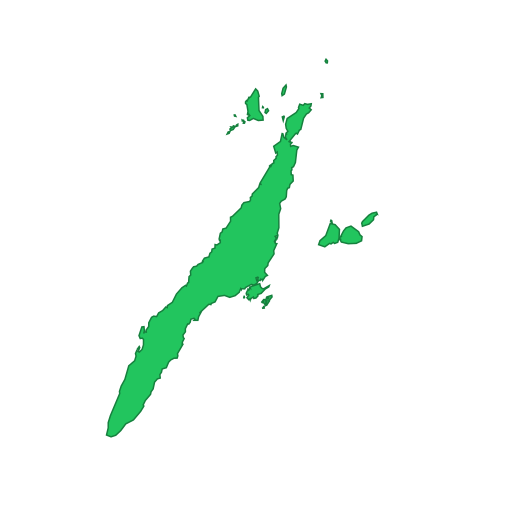 Cebu, Cebu, Philippines, rotated 12°
{"feature_id": "2640588B97548260432831", "entity_name": "Cebu", "entity_type": "district", "adm_level": 2, "iso_a3": "PHL", "parent_name": "Philippines", "parent_adm1": "Cebu", "projection": "robinson", "projection_center": [123.887, 10.469], "detail": "fine", "context": "isolated", "style": "filled", "palette": "green", "viewbox_px": 512, "rotation_deg": 12, "n_neighbors": 0, "source": "geoboundaries", "source_scale": "gbopen_adm2", "svg_char_len": 6127}
<svg xmlns="http://www.w3.org/2000/svg" viewBox="0 0 512 512"><g transform="rotate(12 256 256)"><path d="M278.4,95.6L274.8,97.0L272.0,96.8L270.9,98.8L267.2,98.4L266.7,101.9L267.3,102.8L265.5,107.3L257.9,115.0L257.6,121.0L259.0,124.8L261.3,127.5L259.8,129.7L260.6,130.4L259.8,131.3L260.2,133.9L262.2,135.9L258.6,134.2L256.8,130.8L256.1,130.8L256.1,138.9L250.5,145.0L253.9,151.2L255.1,149.9L256.0,152.9L254.9,154.8L255.4,156.2L253.5,158.9L254.1,161.2L252.6,162.4L252.0,164.9L251.5,164.1L251.3,164.0L250.5,165.1L250.9,166.1L244.9,183.6L245.8,184.8L244.7,184.8L244.4,188.5L239.5,196.1L239.7,198.3L238.3,199.9L239.0,202.3L238.4,204.0L233.1,206.3L231.6,209.1L231.5,212.0L224.8,222.0L223.0,223.4L223.9,227.3L221.0,234.9L217.9,236.5L217.9,239.4L216.4,241.2L216.4,247.0L217.1,248.4L217.8,248.0L218.3,250.4L215.5,253.3L213.6,253.3L214.2,256.8L211.6,258.4L211.8,261.2L210.4,262.9L210.1,266.7L206.0,268.8L204.7,272.2L205.4,272.4L205.0,273.5L201.1,276.3L200.0,278.3L197.2,279.5L196.2,281.4L195.0,284.5L196.1,288.2L194.8,290.1L195.6,296.0L194.7,296.6L194.2,299.8L193.3,299.3L190.2,302.4L186.1,309.8L183.8,318.7L179.7,322.9L179.9,324.9L178.4,324.6L176.0,328.8L172.6,331.9L171.4,335.9L168.4,336.1L166.6,337.7L165.0,343.6L165.7,347.3L163.9,351.4L164.5,353.2L162.6,353.4L162.2,355.2L162.4,352.5L161.1,348.4L159.1,349.1L158.1,358.2L159.9,360.8L161.9,360.0L163.3,361.0L164.4,366.4L164.0,371.1L161.8,374.3L159.0,373.4L158.4,376.5L159.5,378.8L159.1,383.7L154.4,389.8L153.4,404.0L151.2,411.2L150.6,416.8L151.3,418.9L146.8,442.4L146.1,449.7L147.2,454.9L147.0,462.2L151.8,463.0L156.1,460.5L160.0,454.9L163.5,447.3L170.2,441.8L175.5,431.9L177.5,426.1L176.6,425.1L177.8,420.3L181.6,413.3L181.6,410.6L183.0,407.4L183.0,400.5L185.1,396.7L187.7,395.3L186.6,392.0L187.7,389.4L187.7,386.0L191.5,383.9L192.6,378.0L194.2,375.4L197.1,373.0L200.1,372.3L200.3,369.9L199.5,367.8L202.8,357.7L202.2,357.8L201.9,355.4L202.9,351.7L201.8,350.8L201.0,348.5L202.7,344.8L202.0,341.8L203.3,336.6L204.4,336.6L205.4,334.4L205.4,331.4L208.3,329.8L209.4,330.5L208.7,331.8L212.5,331.0L212.5,327.3L213.8,322.8L213.2,323.3L212.9,323.0L219.9,313.0L222.0,312.9L222.1,311.7L225.5,309.4L227.2,303.4L233.4,301.1L238.9,301.9L243.9,299.1L247.1,295.0L247.8,291.1L248.6,291.9L248.6,291.0L251.8,290.5L252.3,289.0L257.3,284.7L260.1,284.8L262.3,282.8L263.3,280.5L261.9,280.1L260.5,277.3L261.8,276.5L262.4,277.3L262.8,275.8L262.3,279.2L265.1,279.2L265.4,278.2L265.8,279.1L265.7,278.0L267.4,277.3L267.7,278.3L269.4,274.0L271.2,272.6L267.8,270.1L267.2,266.5L269.5,262.9L269.3,260.2L273.2,250.2L272.2,247.1L273.8,239.6L272.5,239.8L271.4,238.5L272.5,238.3L271.4,238.0L271.5,236.7L271.8,236.7L272.3,236.2L272.0,235.5L273.0,234.8L272.7,234.4L271.8,235.6L271.7,236.6L271.4,236.7L272.2,234.4L270.6,232.8L272.8,231.4L273.1,234.0L273.1,231.1L272.0,229.2L272.5,223.6L269.6,210.4L270.3,204.6L268.2,199.7L269.3,197.1L272.6,194.2L273.3,191.8L272.4,185.5L272.9,183.1L274.4,182.2L274.3,178.9L276.8,174.9L275.3,169.2L273.6,169.1L272.6,165.6L273.2,164.3L272.6,162.1L274.1,160.9L275.1,156.4L273.9,143.9L274.9,140.7L269.4,140.2L267.1,141.6L266.4,139.4L268.0,137.1L266.9,137.9L265.5,136.7L264.9,137.5L264.5,137.3L269.0,128.5L269.8,127.5L271.2,128.1L272.3,123.8L273.5,122.9L273.9,111.3L275.8,106.6L277.7,105.0L279.6,101.5L277.3,100.2L278.5,97.9L278.4,95.6ZM342.7,207.0L338.2,209.8L336.4,213.4L334.9,218.8L335.2,219.0L335.4,218.8L335.5,219.0L333.5,221.1L332.1,212.6L326.9,208.9L321.9,208.7L320.0,221.6L315.4,227.7L314.9,231.9L321.4,232.7L325.3,228.4L326.9,228.6L328.7,226.6L330.2,227.4L333.1,225.6L333.5,221.1L335.3,222.0L334.9,222.7L336.6,224.6L343.6,224.8L351.4,222.8L356.1,219.2L355.7,215.0L353.3,213.7L351.3,210.9L342.7,207.0ZM218.2,119.4L219.7,119.7L219.5,119.4L219.4,118.7L220.8,119.9L218.8,122.6L219.8,124.9L221.5,124.8L224.8,122.0L230.1,123.0L234.7,121.6L233.7,118.0L228.7,113.1L225.4,100.3L225.9,99.1L223.4,94.3L220.9,92.6L217.6,101.7L216.1,102.3L216.9,103.3L216.0,102.8L215.1,106.3L214.4,105.9L213.7,107.5L214.1,109.0L215.6,109.8L218.1,116.2L218.2,119.4ZM275.1,282.2L270.4,286.4L268.9,286.6L266.8,285.2L265.4,282.3L257.7,286.8L256.7,287.8L257.0,288.4L256.4,288.0L256.1,290.4L255.5,290.2L254.2,289.9L256.2,290.6L254.7,292.0L254.2,294.5L254.9,296.0L256.3,295.0L257.1,295.7L255.8,298.7L258.1,300.3L258.9,299.4L259.4,300.2L259.4,299.3L260.0,300.4L259.4,299.0L262.0,296.7L262.7,298.0L264.7,297.1L266.2,294.6L265.7,293.3L268.8,291.5L271.9,286.4L274.9,283.6L275.1,282.2ZM365.3,190.8L364.4,191.1L365.4,190.4L365.5,189.7L365.9,189.8L364.8,188.1L360.6,190.0L358.0,192.5L353.0,200.2L352.6,201.9L353.9,204.8L360.0,201.2L363.4,196.1L363.1,193.1L365.3,190.8ZM279.6,291.2L275.6,293.5L277.1,294.2L277.0,295.1L276.1,295.1L276.2,293.9L275.8,295.4L274.5,293.9L275.7,295.4L273.7,296.7L273.7,296.9L273.9,296.9L274.3,297.0L272.6,297.0L270.9,300.4L273.1,298.2L272.3,300.3L275.0,300.6L275.5,298.9L274.5,297.7L276.0,297.6L275.8,299.8L276.9,301.3L278.7,296.6L278.0,297.2L277.9,297.1L280.2,292.7L279.6,291.2ZM249.8,82.5L247.6,86.3L247.4,91.8L248.2,93.7L250.1,91.7L250.6,84.3L249.8,82.5ZM236.6,109.5L235.0,110.8L235.0,113.8L236.4,114.4L238.1,111.3L236.6,109.5ZM206.8,133.4L206.5,134.8L204.7,135.0L205.4,135.6L204.1,137.2L204.8,138.7L207.4,137.0L208.8,133.6L206.8,133.4ZM254.2,113.4L252.8,114.5L254.5,117.9L254.7,113.9L254.2,113.4ZM283.6,49.0L283.1,51.0L284.5,52.5L285.6,52.3L285.4,50.3L283.6,49.0ZM160.6,368.8L159.3,371.7L160.9,372.4L161.3,369.7L160.6,368.8ZM286.8,87.6L288.5,87.0L287.6,83.4L285.8,83.7L287.1,85.5L286.8,87.6ZM204.6,139.8L203.0,140.4L202.4,142.7L204.2,141.6L204.6,139.8ZM210.8,130.9L209.7,131.9L209.4,133.5L211.1,132.5L210.8,130.9ZM216.2,126.5L216.0,128.7L217.1,128.5L217.3,127.0L216.2,126.5ZM276.6,301.8L275.7,300.0L274.7,301.9L275.6,302.0L275.5,302.7L276.6,301.8ZM215.4,125.2L215.3,126.3L214.2,125.9L214.5,126.8L215.7,126.6L215.4,125.2ZM274.9,305.2L274.2,303.5L274.2,303.4L273.5,305.3L272.9,305.9L274.9,305.2ZM321.9,205.4L321.7,206.5L323.6,207.8L322.7,205.7L321.9,205.4ZM206.1,122.3L205.4,122.6L205.9,123.6L207.2,123.6L206.1,122.3ZM231.5,108.5L231.5,109.6L232.4,109.5L232.3,109.0L231.5,108.5ZM252.7,297.3L252.7,299.4L253.0,299.5L253.4,299.1L252.7,297.3Z" fill="#22c55e" stroke="#15803d" stroke-width="1.5"/></g></svg>